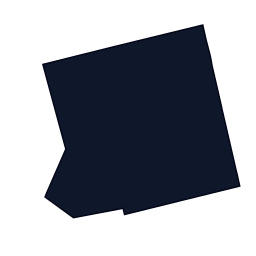 Lawrence, Pennsylvania, United States of America, rotated 167°
{"feature_id": "52423323B652834894573", "entity_name": "Lawrence", "entity_type": "district", "adm_level": 2, "iso_a3": "USA", "parent_name": "United States of America", "parent_adm1": "Pennsylvania", "projection": "orthographic", "projection_center": [-80.414, 40.99], "detail": "fine", "context": "isolated", "style": "filled", "palette": "ink", "viewbox_px": 256, "rotation_deg": 167, "n_neighbors": 0, "source": "geoboundaries", "source_scale": "gbopen_adm2", "svg_char_len": 526}
<svg xmlns="http://www.w3.org/2000/svg" viewBox="0 0 256 256"><g transform="rotate(167 128 128)"><path d="M224.3,79.4L201.3,52.9L150.9,50.9L150.8,44.5L93.4,45.4L93.1,45.4L32.2,46.3L32.2,51.8L32.1,58.2L32.2,60.9L32.2,67.0L32.2,72.2L32.2,76.5L32.2,78.4L32.2,78.9L32.2,84.6L32.2,112.5L32.2,124.5L32.1,129.4L32.1,169.4L31.7,178.1L31.7,180.7L31.7,181.7L31.7,181.9L31.7,182.2L32.1,195.7L32.0,211.5L121.7,210.4L196.6,209.1L195.9,189.9L193.3,121.4L222.6,82.0L224.3,79.4Z" fill="#0f172a" stroke="#020617" stroke-width="1.5"/></g></svg>